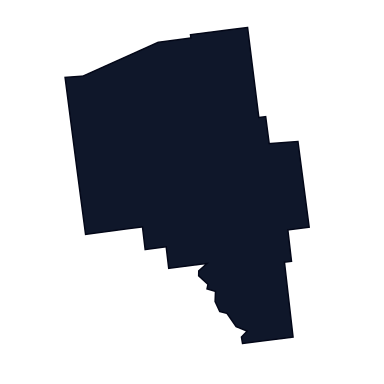 Sangamon, Illinois, United States of America, rotated 83°
{"feature_id": "52423323B88082099567325", "entity_name": "Sangamon", "entity_type": "district", "adm_level": 2, "iso_a3": "USA", "parent_name": "United States of America", "parent_adm1": "Illinois", "projection": "robinson", "projection_center": [-89.552, 39.749], "detail": "fine", "context": "isolated", "style": "filled", "palette": "ink", "viewbox_px": 384, "rotation_deg": 83, "n_neighbors": 0, "source": "geoboundaries", "source_scale": "gbopen_adm2", "svg_char_len": 674}
<svg xmlns="http://www.w3.org/2000/svg" viewBox="0 0 384 384"><g transform="rotate(83 192 192)"><path d="M203.1,80.3L154.8,80.7L153.4,109.5L126.2,109.7L126.2,116.6L35.5,116.8L35.5,131.2L35.7,174.3L39.0,174.3L39.3,207.4L44.9,225.4L63.7,286.1L62.8,304.0L108.4,303.7L153.4,303.4L221.1,302.8L221.0,295.6L220.6,259.6L220.6,245.4L243.4,245.5L243.2,224.3L264.9,224.4L264.7,192.9L264.8,185.8L271.1,194.9L276.0,195.6L285.6,187.4L290.0,188.9L293.5,180.8L303.5,182.4L314.0,179.0L316.7,172.1L331.0,164.6L336.8,154.2L342.0,160.6L348.5,160.3L348.4,141.0L348.3,109.4L272.9,108.8L272.9,101.7L241.3,101.5L241.2,80.0L203.1,80.3Z" fill="#0f172a" stroke="#020617" stroke-width="1.5"/></g></svg>